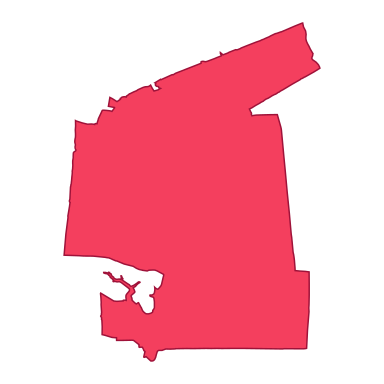 Schitu, Olt, Romania
{"feature_id": "2599482B63035340455431", "entity_name": "Schitu", "entity_type": "district", "adm_level": 2, "iso_a3": "ROU", "parent_name": "Romania", "parent_adm1": "Olt", "projection": "albers", "projection_center": [24.557, 44.358], "detail": "fine", "context": "isolated", "style": "filled", "palette": "rose", "viewbox_px": 384, "rotation_deg": 0, "n_neighbors": 0, "source": "geoboundaries", "source_scale": "gbopen_adm2", "svg_char_len": 5863}
<svg xmlns="http://www.w3.org/2000/svg" viewBox="0 0 384 384"><path d="M309.1,271.9L305.3,271.4L300.3,271.1L295.1,270.6L295.0,267.7L294.4,260.2L294.0,257.0L293.6,254.4L293.1,252.3L291.7,237.4L291.2,234.1L289.4,213.8L287.2,192.2L285.4,172.5L283.8,155.9L281.4,130.0L281.1,128.2L280.7,126.6L277.3,114.6L270.2,114.7L258.8,115.0L256.1,115.1L252.4,115.6L252.0,115.8L251.3,114.3L251.5,113.4L251.3,112.7L250.9,112.2L249.4,109.0L251.9,107.8L255.7,105.4L259.9,103.1L260.6,102.5L263.4,101.1L264.0,100.5L266.0,99.1L268.2,98.2L271.0,96.5L271.5,96.1L273.2,95.2L274.1,94.7L275.7,94.1L277.0,93.3L277.8,92.6L279.1,92.1L280.4,91.1L283.0,89.7L292.3,84.1L300.4,79.5L301.0,78.8L302.0,78.5L303.7,77.6L304.1,77.2L304.9,77.0L314.0,71.9L319.9,68.2L319.5,66.9L319.1,66.1L318.5,64.9L317.6,63.8L316.0,62.1L312.7,59.8L311.9,58.7L311.8,58.3L312.0,57.2L312.6,55.8L312.8,54.4L313.0,53.6L312.7,53.2L310.3,49.1L308.9,46.1L307.7,44.0L306.5,41.4L305.9,39.0L305.9,36.9L306.1,34.4L305.6,31.0L303.5,26.9L303.0,24.5L302.7,23.0L301.9,23.2L294.7,26.1L281.2,31.9L280.8,31.9L276.9,33.3L275.2,33.7L270.4,36.0L269.3,36.7L265.3,38.4L263.7,39.2L261.7,39.9L260.2,40.7L256.1,42.1L246.1,46.0L240.9,48.1L240.5,48.5L237.5,49.7L236.5,49.8L235.6,49.7L229.2,52.2L227.6,53.1L223.0,54.8L220.4,52.6L220.4,53.5L221.4,55.7L221.2,55.9L216.3,57.8L214.5,58.6L207.0,61.4L205.6,61.7L205.1,61.7L203.8,61.4L203.0,61.3L202.0,61.4L201.2,61.7L201.0,62.0L201.1,63.2L200.8,63.4L175.5,73.3L173.3,74.7L172.2,74.7L171.6,74.9L161.0,79.7L160.6,79.3L154.9,82.8L155.6,83.2L155.8,83.6L155.7,84.0L155.4,84.5L155.4,84.9L155.6,85.5L156.6,86.3L158.4,86.6L158.6,86.9L158.8,87.6L159.0,87.9L160.5,88.4L158.0,89.9L154.0,91.0L152.3,88.4L150.6,85.1L149.3,86.1L148.0,86.6L145.2,86.8L143.1,87.4L138.0,89.7L136.6,90.7L133.9,91.8L129.8,93.8L129.5,93.8L127.7,95.3L126.4,96.1L126.3,96.4L126.4,96.8L126.3,97.0L124.5,96.7L122.9,96.9L121.7,97.3L121.0,98.1L120.3,98.4L120.2,98.7L120.4,99.3L117.0,101.6L112.4,98.7L109.9,97.4L108.4,106.3L114.5,107.5L114.6,107.8L111.9,111.4L111.3,111.1L109.2,110.7L106.4,110.4L103.7,110.2L102.5,110.3L102.2,110.5L101.4,112.3L98.4,118.7L98.1,120.0L97.2,122.7L97.1,123.7L95.4,123.6L94.9,123.9L94.7,124.5L93.5,124.2L91.4,124.0L87.5,124.2L82.2,122.9L76.0,120.9L75.5,120.6L75.6,126.1L75.3,130.0L75.5,133.8L75.5,136.0L75.4,137.5L75.1,138.8L74.9,140.2L74.8,141.4L74.9,142.6L75.4,144.7L75.4,145.3L75.1,146.3L75.1,147.9L75.4,149.0L75.9,149.9L75.9,150.2L75.8,150.6L75.5,151.0L74.3,151.7L73.9,152.1L73.4,152.8L73.3,153.5L73.2,156.2L73.2,157.9L72.7,160.9L72.7,163.7L72.8,164.7L72.8,165.6L72.6,168.9L72.3,170.6L72.2,171.3L72.3,172.3L72.2,174.1L71.9,176.7L71.6,180.4L71.5,181.1L71.2,184.1L70.9,184.7L70.8,186.0L70.5,186.9L69.9,199.1L69.4,200.7L69.5,201.8L69.7,202.1L70.1,202.4L69.9,203.4L69.5,206.4L68.3,213.6L67.9,215.9L68.0,217.7L65.9,234.0L64.1,255.2L79.2,255.7L83.8,256.0L93.0,256.1L105.1,257.3L106.6,257.6L109.0,257.9L115.6,260.8L116.9,261.0L124.1,264.0L133.2,266.3L136.4,268.3L139.2,269.5L142.6,270.2L142.6,270.3L146.8,270.9L147.4,270.9L148.9,270.2L153.0,270.0L154.9,270.1L157.1,270.9L163.4,274.3L163.7,274.7L163.7,275.0L163.5,276.1L163.1,277.6L161.6,284.2L161.0,285.7L159.4,287.7L158.0,289.1L157.7,289.2L156.4,288.7L155.3,287.9L154.7,287.3L154.9,289.0L154.8,290.2L154.6,291.5L154.4,292.7L153.9,293.9L152.2,295.0L150.1,295.0L149.9,295.2L150.0,295.9L150.3,296.3L153.2,297.2L153.7,297.7L154.0,298.8L154.4,301.9L154.4,305.5L154.4,307.3L154.3,308.0L154.1,308.5L153.4,309.6L152.8,310.3L152.7,311.8L152.4,312.3L151.3,313.0L150.3,313.4L148.3,313.9L146.3,313.8L145.5,313.5L143.5,311.8L142.7,310.8L142.0,309.4L141.4,307.8L140.9,307.1L138.5,302.7L138.2,302.7L136.4,303.9L136.2,303.9L134.6,302.7L132.8,300.9L132.2,300.5L131.9,298.1L131.2,296.4L131.1,295.9L131.4,295.3L132.2,294.6L134.5,292.6L134.8,292.1L134.9,291.9L134.1,289.6L133.2,287.9L133.2,287.7L135.4,286.5L136.8,284.8L138.1,283.6L140.0,282.4L140.0,282.2L139.8,282.1L139.0,281.8L138.2,282.1L136.9,283.2L134.1,285.1L131.9,286.1L130.9,286.3L130.3,286.0L129.4,284.8L127.6,283.7L122.0,279.9L122.1,279.6L122.8,279.1L122.9,278.7L122.2,277.8L121.6,276.1L121.3,275.8L121.0,275.8L121.0,276.1L121.3,278.0L121.2,278.5L120.3,279.4L119.2,279.0L117.4,279.3L116.5,279.3L115.5,279.0L114.2,278.4L113.6,277.2L111.9,276.0L111.0,273.8L109.7,273.5L109.5,273.2L109.6,272.5L108.6,272.3L108.5,273.0L108.4,273.1L105.3,272.4L103.7,272.4L103.7,272.8L104.0,273.1L105.3,273.5L107.0,273.8L107.9,274.2L108.7,275.2L109.8,276.0L110.0,276.4L110.1,277.0L110.3,277.4L111.8,278.5L113.6,280.3L113.5,280.6L113.1,280.9L113.0,281.1L113.1,281.4L113.3,281.6L113.9,281.7L114.6,281.3L117.0,281.9L119.2,281.7L120.0,281.9L120.4,282.1L121.3,282.6L127.8,287.6L129.4,288.9L129.5,289.6L129.3,291.0L127.0,293.7L126.3,294.7L126.0,295.5L125.9,297.2L126.1,298.5L126.2,300.4L125.2,300.2L123.5,300.2L123.3,300.3L123.2,300.9L117.7,301.3L116.4,301.3L113.8,301.0L100.7,293.1L100.5,293.6L100.9,297.3L101.2,302.3L101.1,304.7L101.6,312.4L101.4,313.9L101.5,314.5L101.1,315.4L100.7,316.1L101.6,317.8L101.5,319.3L101.9,320.2L102.2,326.7L102.1,334.6L105.0,335.3L111.9,337.4L114.9,337.7L116.5,337.7L116.6,340.4L121.7,340.4L131.7,340.2L133.2,340.3L133.7,340.5L138.9,344.6L138.9,345.0L139.0,345.0L139.0,347.0L139.4,347.3L139.8,347.3L140.2,347.2L142.1,347.2L142.4,347.3L142.7,347.8L143.6,349.7L143.8,350.4L144.0,350.7L144.9,351.4L145.0,351.7L144.8,352.2L143.8,356.7L143.9,357.2L144.2,357.3L144.6,357.1L144.9,357.2L145.4,356.8L145.7,356.9L146.2,356.7L150.6,360.8L150.9,361.0L152.9,360.9L154.2,360.0L154.7,359.4L155.7,357.2L156.3,354.7L157.2,351.8L157.5,351.2L157.9,350.9L158.7,350.4L162.0,350.4L165.8,349.0L170.3,349.1L175.1,348.9L175.3,348.7L186.8,348.5L192.8,348.6L206.3,348.4L211.3,348.5L216.9,348.4L221.9,348.5L232.0,348.4L244.2,348.4L280.4,348.9L283.0,348.9L283.9,348.7L303.4,348.8L304.6,348.7L306.1,348.5L306.6,348.3L307.5,330.0L309.0,311.7L308.8,307.9L309.0,304.9L309.2,295.1L309.2,283.6L309.1,271.9Z" fill="#f43f5e" stroke="#9f1239" stroke-width="1.5"/></svg>